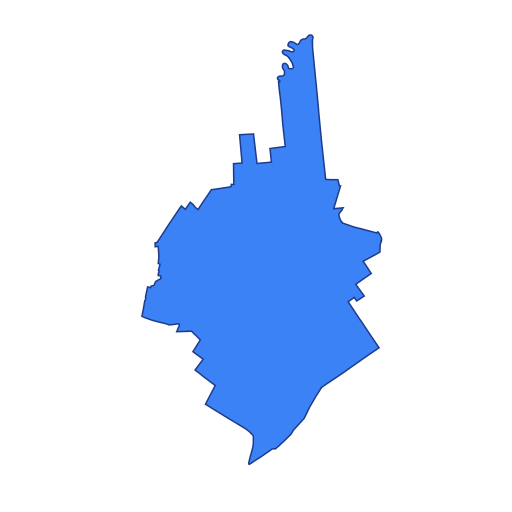 outline of Agris, Satu Mare, Romania, rotated 345°
{"feature_id": "2599482B4791567573322", "entity_name": "Agris", "entity_type": "district", "adm_level": 2, "iso_a3": "ROU", "parent_name": "Romania", "parent_adm1": "Satu Mare", "projection": "mercator", "projection_center": [23.018, 47.884], "detail": "fine", "context": "isolated", "style": "filled", "palette": "blue", "viewbox_px": 512, "rotation_deg": 345, "n_neighbors": 0, "source": "geoboundaries", "source_scale": "gbopen_adm2", "svg_char_len": 5274}
<svg xmlns="http://www.w3.org/2000/svg" viewBox="0 0 512 512"><g transform="rotate(345 256 256)"><path d="M381.1,274.0L380.7,273.7L381.0,273.4L381.7,272.4L381.8,271.6L381.8,270.7L381.6,269.6L381.1,266.9L380.5,265.3L380.3,264.8L380.1,264.4L379.8,264.2L379.3,264.4L378.7,265.0L376.3,263.7L373.9,262.3L370.0,260.1L364.3,256.7L362.3,255.7L358.7,253.7L356.4,252.2L348.0,246.5L348.0,246.2L348.1,245.8L347.9,245.5L347.5,245.4L347.3,244.8L347.1,243.8L346.8,242.7L346.7,241.2L346.7,240.6L346.5,240.1L346.6,239.4L346.7,238.8L346.7,238.1L346.8,237.3L347.2,236.7L348.2,235.9L349.2,235.1L350.0,234.5L351.0,233.8L351.4,233.4L351.8,232.7L352.6,232.0L343.3,230.4L355.8,210.2L354.7,209.9L354.8,206.3L354.8,203.8L354.8,203.4L354.5,203.4L353.4,203.1L351.1,202.4L349.7,202.1L347.4,201.4L343.1,200.1L346.0,181.4L348.9,162.7L351.0,150.0L353.8,133.4L354.8,128.1L357.5,112.1L360.7,92.7L364.6,69.2L365.8,64.6L366.1,62.6L366.5,62.2L366.7,61.6L366.8,61.1L367.0,60.8L367.2,60.6L367.3,60.2L367.7,59.6L367.6,58.4L367.3,57.7L366.4,56.8L365.3,56.5L364.2,56.6L362.8,57.4L362.1,57.9L361.4,58.5L360.4,59.0L359.3,59.0L358.5,58.8L357.7,58.6L356.8,58.7L356.2,58.9L355.6,59.0L354.4,59.8L353.9,60.5L352.6,61.8L351.5,62.4L350.7,62.4L349.9,61.8L348.5,60.2L347.8,59.6L347.2,59.0L346.3,58.5L344.9,57.8L343.9,58.0L343.4,58.2L342.9,58.5L342.6,58.8L342.2,59.2L341.9,59.7L341.5,60.2L341.5,60.7L341.4,61.1L341.5,61.4L341.5,61.6L341.9,62.1L342.3,62.5L342.9,62.9L343.4,63.3L344.1,64.0L344.9,64.7L345.3,65.3L345.7,65.9L345.9,66.4L346.1,66.9L346.0,67.7L345.8,67.8L345.0,68.2L343.7,68.2L342.6,67.6L341.0,66.4L340.3,65.9L339.5,65.6L338.7,65.4L337.7,64.8L336.6,64.3L335.8,64.3L335.1,64.6L334.8,65.0L334.4,65.4L334.3,65.9L334.2,66.4L334.4,67.0L334.7,67.6L335.2,68.5L335.9,69.1L336.7,69.7L337.1,70.1L337.5,70.5L337.9,71.0L338.4,71.6L338.7,72.4L339.1,73.2L339.5,74.1L339.8,75.1L340.0,75.9L340.3,76.7L340.6,77.6L340.7,78.3L340.9,79.0L341.1,80.0L341.0,80.5L340.9,81.0L340.9,81.5L341.0,81.9L341.0,82.2L341.1,82.6L341.1,83.4L340.5,83.9L339.6,84.4L338.3,84.2L337.6,83.9L336.6,83.7L336.2,83.1L336.0,82.5L336.1,81.4L336.1,81.1L336.0,80.4L335.5,79.3L335.3,79.0L335.0,78.6L335.0,78.3L334.7,78.0L334.4,77.7L334.0,77.5L333.6,77.4L332.9,77.4L332.2,77.3L331.6,77.7L331.2,78.4L330.7,79.1L330.6,79.8L330.4,80.5L330.4,81.4L330.7,82.5L330.9,83.4L331.3,84.2L331.3,85.2L330.9,86.6L330.2,88.2L329.3,88.8L328.2,89.0L326.9,88.8L326.1,88.4L324.9,88.4L324.4,88.5L323.8,88.7L323.4,89.0L322.9,89.3L322.8,89.7L322.7,90.1L322.7,90.6L322.8,90.9L323.2,91.9L323.4,91.9L324.0,92.4L324.3,93.1L324.3,93.6L324.1,93.9L322.8,93.6L321.2,103.4L320.6,108.5L318.2,123.4L315.8,136.7L312.6,157.8L297.3,155.8L295.2,169.3L280.9,166.9L285.2,137.5L271.5,134.6L266.6,162.6L258.2,161.0L255.6,171.1L253.1,181.2L250.7,180.4L249.7,182.6L249.4,182.6L244.7,182.1L233.9,180.9L233.5,180.9L230.7,180.5L230.4,180.3L229.3,181.0L228.9,181.3L228.3,182.0L227.4,182.7L222.2,187.2L220.1,189.0L212.0,196.1L211.2,195.0L210.3,193.8L209.6,192.5L209.0,190.8L208.4,189.9L207.7,188.8L206.4,187.0L199.8,192.6L196.8,188.3L187.1,196.7L182.9,200.4L181.0,202.0L177.4,205.2L171.7,210.4L166.1,215.4L164.5,216.7L164.0,217.4L161.9,217.2L161.0,221.0L163.9,221.3L163.8,222.2L163.7,223.1L163.5,224.0L163.1,226.2L162.5,229.1L161.9,231.9L161.3,233.4L160.7,235.0L159.6,237.9L161.2,239.1L161.1,239.3L158.7,243.4L158.0,244.7L158.4,245.1L158.4,245.6L157.8,246.7L157.1,247.7L156.8,248.4L156.6,249.0L156.5,249.3L156.5,249.6L156.6,249.8L158.6,250.3L158.5,253.0L158.4,253.1L155.4,253.9L152.4,254.7L149.9,257.9L146.7,258.0L146.0,259.3L143.3,257.8L140.9,262.5L138.6,267.1L138.8,267.3L138.8,267.7L137.6,270.1L137.0,270.4L136.2,272.1L133.7,277.6L131.7,281.6L130.2,284.7L132.3,286.5L138.8,291.0L141.8,292.8L144.8,294.5L148.3,296.4L151.8,298.3L154.1,300.0L154.3,300.0L155.3,300.2L156.0,300.4L157.1,300.6L158.8,300.8L159.7,300.9L161.0,301.1L162.2,301.3L162.4,301.3L163.6,301.5L164.1,301.7L164.2,302.0L164.1,302.4L164.0,302.9L163.9,303.3L162.4,305.2L160.6,307.6L160.2,308.1L159.8,308.6L174.0,311.9L174.6,312.5L180.5,322.6L170.3,332.1L178.2,342.0L167.6,350.4L171.3,355.1L172.4,356.7L174.7,359.8L178.8,365.0L181.2,368.1L182.4,369.6L183.1,370.5L168.8,386.1L178.0,395.9L185.2,403.5L201.4,420.4L203.6,423.2L206.6,428.3L206.8,428.5L206.7,429.6L206.4,430.8L205.0,436.1L204.6,436.9L203.6,439.6L200.0,445.8L198.2,448.8L196.7,451.6L196.0,452.9L195.3,454.3L195.1,455.0L195.7,455.5L197.4,455.0L204.1,452.7L207.5,451.7L212.0,450.1L216.5,448.5L219.8,447.3L220.2,447.1L221.7,446.6L222.3,446.6L224.9,447.3L227.7,445.9L229.6,445.0L231.2,444.1L234.5,442.4L240.2,439.2L243.7,437.2L247.1,433.9L260.5,425.3L267.2,417.6L269.4,415.1L272.3,412.3L276.6,408.0L277.7,406.9L283.3,401.8L285.2,400.1L285.1,399.9L285.6,399.7L287.0,399.3L288.4,398.8L291.1,397.8L293.9,396.9L297.0,395.8L303.0,393.8L309.8,391.4L313.7,390.0L318.7,388.1L339.5,380.5L340.8,380.1L351.1,376.5L346.1,362.1L341.1,347.3L339.5,342.9L338.4,339.6L333.2,324.0L340.2,321.5L341.6,325.5L350.2,322.7L346.9,314.1L345.1,309.1L346.1,308.7L347.9,308.1L349.6,307.5L351.9,306.6L353.3,306.1L356.2,305.1L359.0,304.1L360.8,303.4L362.8,302.7L361.6,299.2L360.5,295.7L359.6,293.0L358.7,290.4L358.2,288.8L360.1,288.3L363.2,287.6L366.2,286.9L368.6,286.3L370.9,285.8L373.8,285.0L376.7,284.3L377.8,280.7L378.9,277.0L379.9,275.6L380.2,275.2L381.1,274.0Z" fill="#3b82f6" stroke="#1e3a8a" stroke-width="1.5"/></g></svg>